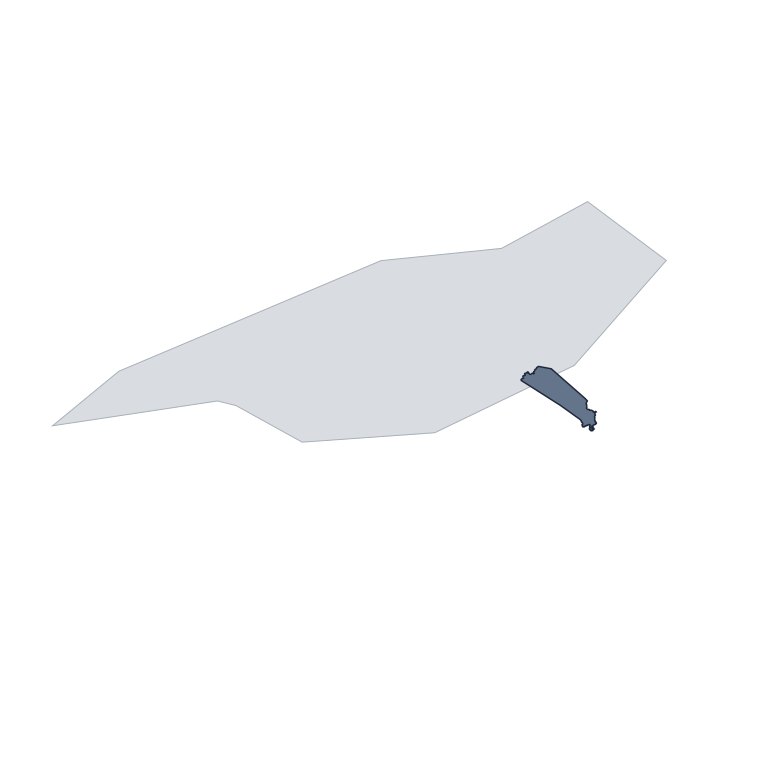 Ngchemiangel, Aimeliik, Palau shown in context, rotated 239°
{"feature_id": "81905179B62716900655722", "entity_name": "Ngchemiangel", "entity_type": "district", "adm_level": 2, "iso_a3": "PLW", "parent_name": "Palau", "parent_adm1": "Aimeliik", "projection": "natural_earth1", "projection_center": [134.478, 7.454], "detail": "fine", "context": "in_parent", "style": "filled", "palette": "slate", "viewbox_px": 768, "rotation_deg": 239, "n_neighbors": 0, "source": "geoboundaries", "source_scale": "gbopen_adm2", "svg_char_len": 4780}
<svg xmlns="http://www.w3.org/2000/svg" viewBox="0 0 768 768"><g transform="rotate(239 384 384)"><path d="M435.5,652.4L344.5,689.6L301.9,556.6L316.1,402.4L376.3,283.9L441.9,245.9L455.3,232.4L518.9,78.4L531.5,163.3L491.3,445.0L439.7,554.6L435.5,652.4Z" fill="#d9dde1" stroke="#a8b0b8" stroke-width="1"/><path d="M251.9,534.1L251.4,534.1L251.2,534.2L250.9,534.0L250.6,534.0L250.6,533.9L249.9,533.8L249.7,533.8L249.3,533.8L249.2,533.9L248.9,534.1L248.7,534.1L248.4,534.1L248.2,534.1L247.9,534.1L247.7,533.7L247.4,533.5L247.3,533.4L247.1,533.4L246.9,533.0L246.8,532.9L246.6,532.8L246.5,532.7L246.3,532.7L246.2,532.7L246.3,532.6L246.2,532.6L245.9,532.5L245.7,532.4L245.5,532.5L245.4,532.4L245.3,532.5L245.2,532.5L245.2,532.4L244.8,532.4L244.6,532.8L244.3,533.1L244.2,533.3L244.3,533.5L244.1,533.9L244.2,534.1L244.3,534.3L244.3,534.5L244.4,534.8L244.5,535.0L244.4,535.2L244.4,535.3L244.4,535.5L244.3,535.8L244.2,535.7L244.2,535.9L244.1,536.1L243.9,536.2L244.0,536.4L244.0,536.6L243.9,536.7L243.8,536.9L243.7,537.0L243.8,537.4L243.7,537.4L243.7,537.6L243.7,537.9L243.8,538.6L243.7,538.8L243.2,539.5L243.0,539.3L242.9,539.1L242.7,539.1L242.4,538.9L242.2,538.8L242.1,538.7L241.9,538.7L241.6,538.5L241.5,538.4L241.4,538.3L241.4,538.2L241.2,538.1L241.2,538.3L241.1,538.5L240.8,538.5L240.5,538.4L240.4,538.5L240.3,538.4L240.2,538.4L240.2,538.2L240.1,537.9L240.1,537.6L240.2,537.4L240.0,537.1L239.9,537.0L239.7,536.9L239.4,536.9L239.2,536.9L238.8,536.9L238.5,537.0L238.2,537.1L238.1,537.4L237.9,537.3L237.7,537.4L237.3,537.6L237.4,537.9L237.5,538.1L237.3,538.2L237.2,538.1L237.2,538.3L236.9,538.3L236.8,538.6L236.7,538.6L236.5,538.9L236.6,539.1L236.8,539.2L236.8,539.3L237.0,539.5L237.0,539.8L237.3,539.8L237.5,539.8L237.7,539.7L237.9,539.6L238.0,539.6L237.7,539.9L237.6,540.1L237.4,540.2L237.3,540.3L237.3,540.2L237.1,540.2L237.1,540.3L237.2,540.5L237.5,540.7L237.7,540.9L238.0,540.9L238.0,541.0L238.3,541.0L238.3,540.9L238.5,540.7L238.4,540.5L238.5,540.4L238.4,540.2L238.5,540.2L238.6,540.4L238.9,540.4L239.1,540.3L239.3,540.2L239.5,539.9L239.6,540.0L240.0,540.1L240.2,540.3L240.3,540.4L240.6,540.4L240.5,540.5L240.5,540.9L240.3,540.9L240.3,541.1L240.4,541.3L240.5,541.5L240.2,541.5L240.3,541.7L240.4,542.0L240.5,542.4L240.6,542.5L240.9,543.0L241.0,543.2L240.8,543.7L240.7,543.8L240.6,544.0L240.6,544.3L240.5,544.5L240.7,544.9L240.7,545.1L240.8,545.4L241.0,545.4L240.9,545.7L241.0,545.9L241.3,546.0L241.5,546.0L241.8,546.0L242.2,545.9L242.4,545.9L242.5,546.0L242.8,546.0L242.9,545.9L243.0,545.8L243.0,545.7L243.4,545.8L243.6,545.8L243.7,546.0L243.9,546.0L244.0,545.9L244.5,545.9L244.6,546.0L244.8,546.2L245.0,546.3L245.3,546.3L245.4,546.6L245.8,546.9L246.2,547.2L246.4,547.3L246.6,547.2L246.8,547.3L247.0,547.5L247.2,547.4L247.5,547.5L247.5,547.8L247.8,548.0L248.0,548.2L248.2,548.4L248.2,548.6L248.3,548.8L248.4,548.7L248.6,548.9L248.8,549.0L248.7,549.1L248.9,549.2L249.2,549.4L249.3,549.3L249.6,549.3L249.7,549.5L250.1,549.7L250.5,549.7L251.0,549.7L251.3,549.6L251.1,550.5L251.0,550.9L250.9,550.9L250.9,551.2L250.8,551.5L251.1,551.5L251.2,551.4L251.5,551.2L251.5,550.6L251.3,550.5L251.5,549.5L251.6,549.3L252.1,549.4L252.3,549.4L252.4,549.1L252.6,549.2L252.7,549.3L253.2,549.2L253.7,548.9L254.2,548.7L254.8,548.2L255.1,547.6L255.2,547.4L255.3,547.3L255.2,547.0L255.4,546.8L255.5,546.9L255.9,546.8L256.1,546.7L256.3,546.8L256.5,546.7L257.1,545.9L257.3,545.6L257.5,545.5L257.8,545.3L258.1,545.2L258.5,545.1L259.2,545.2L259.3,545.6L259.4,545.8L260.2,546.2L260.6,546.3L261.0,546.6L261.7,546.8L261.9,546.8L262.1,546.8L262.2,547.0L262.3,546.9L262.5,547.1L263.2,547.3L263.5,547.6L263.9,547.8L264.0,547.9L264.1,548.4L264.3,548.7L264.3,549.0L264.8,549.6L267.7,549.0L310.9,535.2L319.5,525.5L319.4,525.0L319.5,524.3L319.5,523.9L319.4,523.4L319.2,523.0L318.9,522.8L318.6,522.6L318.7,520.8L318.2,520.5L317.9,520.3L317.6,519.9L317.5,519.1L317.5,518.7L317.3,518.5L316.9,518.3L316.5,518.3L316.1,518.3L315.8,518.3L315.6,518.0L315.7,517.6L315.9,517.4L316.3,517.4L316.6,517.2L316.8,516.9L316.9,516.7L316.8,516.3L316.7,515.8L316.6,514.9L317.0,514.3L317.2,514.2L317.3,514.0L317.4,513.9L317.6,513.9L317.8,513.8L318.4,513.9L318.6,513.8L318.7,513.6L318.8,513.5L319.0,513.1L319.3,513.2L319.5,513.7L319.7,513.8L319.8,513.8L320.0,513.7L320.3,513.5L320.3,513.3L320.4,513.1L320.2,512.0L320.1,511.3L320.2,511.1L320.3,510.9L320.4,510.6L320.5,510.3L320.5,510.1L320.5,509.9L320.4,509.8L320.2,509.7L319.9,509.7L319.8,509.8L319.6,509.8L319.3,509.8L319.1,509.7L318.9,509.6L318.8,509.4L318.7,509.2L318.8,508.8L318.9,508.5L319.1,508.3L319.2,508.1L319.2,507.9L319.3,507.6L319.3,507.4L319.2,507.2L318.9,506.9L317.5,506.4L317.1,506.4L317.2,506.1L317.3,505.5L317.4,505.4L317.4,504.7L317.4,504.2L317.1,503.7L316.6,503.5L316.1,503.5L315.8,503.7L274.8,524.2L251.9,534.1Z" fill="#64748b" stroke="#1e293b" stroke-width="1.5"/></g></svg>